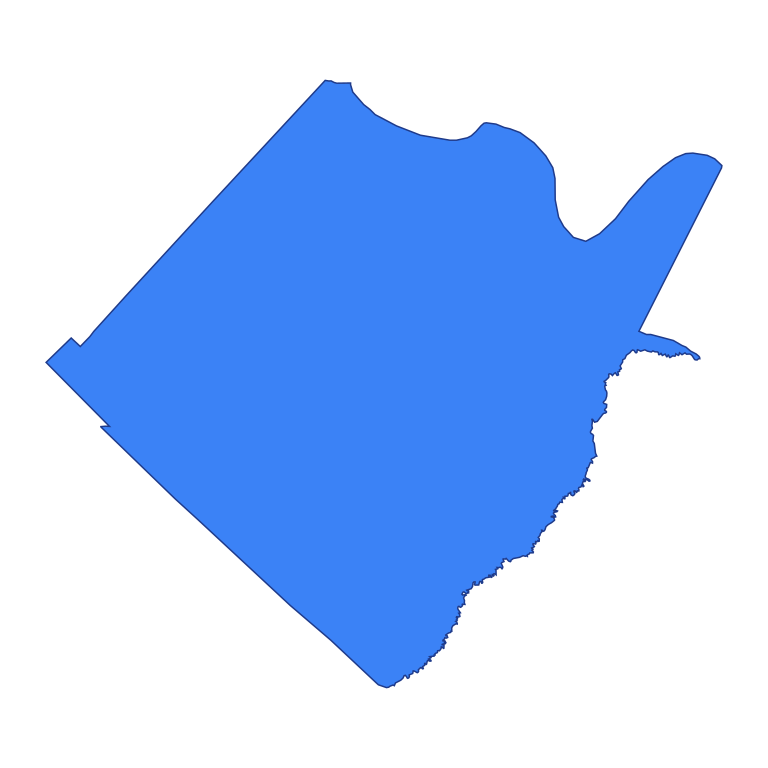 outline of San Pedro, Buenos Aires, Argentina
{"feature_id": "61730980B44314370056359", "entity_name": "San Pedro", "entity_type": "district", "adm_level": 2, "iso_a3": "ARG", "parent_name": "Argentina", "parent_adm1": "Buenos Aires", "projection": "orthographic", "projection_center": [-59.651, -33.797], "detail": "fine", "context": "isolated", "style": "filled", "palette": "blue", "viewbox_px": 768, "rotation_deg": 0, "n_neighbors": 0, "source": "geoboundaries", "source_scale": "gbopen_adm2", "svg_char_len": 6119}
<svg xmlns="http://www.w3.org/2000/svg" viewBox="0 0 768 768"><path d="M100.9,426.6L101.0,427.1L175.3,499.0L198.0,519.7L290.3,605.5L330.7,640.1L376.1,682.7L378.4,684.8L386.5,687.6L388.7,687.2L390.0,686.2L393.1,685.0L394.3,685.7L395.5,682.9L400.8,680.2L403.0,678.1L404.1,675.7L405.3,675.3L406.7,676.9L407.0,677.8L407.7,678.3L408.6,678.0L409.4,676.8L409.2,674.9L412.7,673.5L413.2,670.9L414.4,671.1L417.2,672.7L418.0,672.3L418.6,671.3L418.4,669.6L420.0,668.4L420.4,667.6L421.3,667.6L422.4,668.8L423.0,668.8L423.3,668.6L422.7,666.5L424.6,665.4L424.6,663.7L425.0,663.3L426.1,664.4L426.6,664.0L427.1,661.5L427.5,660.7L428.2,660.5L430.0,661.2L431.0,661.0L431.0,660.4L430.4,659.8L428.8,659.7L428.4,659.1L430.8,657.8L431.0,657.5L429.8,656.6L434.1,656.1L434.1,655.0L435.1,655.0L435.0,653.8L435.4,653.4L437.4,652.6L437.6,650.8L438.3,650.6L439.4,650.8L440.2,649.9L441.1,648.5L441.3,646.9L442.2,647.0L443.4,648.4L443.9,648.2L444.0,645.3L443.4,644.8L442.2,644.8L442.1,644.4L442.9,644.0L444.2,644.1L444.4,642.6L445.4,643.5L445.9,642.7L444.8,640.8L443.0,640.9L442.9,640.2L444.5,639.0L444.8,637.8L446.3,638.1L447.7,637.5L447.2,635.8L446.0,635.8L445.7,635.0L448.5,633.0L450.7,632.4L451.0,631.1L451.8,631.2L451.7,627.8L453.0,625.6L456.0,623.8L457.2,624.1L457.3,623.6L456.7,622.0L455.7,621.3L456.8,620.7L457.3,620.0L456.5,619.2L457.5,618.3L457.6,617.8L456.4,617.3L456.6,616.7L458.9,616.9L459.9,616.5L459.5,614.2L458.7,613.2L460.4,612.8L458.0,609.4L457.7,608.2L458.0,607.1L458.3,606.5L459.0,606.3L460.3,607.3L461.0,607.1L462.5,605.7L462.2,604.5L462.4,604.2L464.9,604.4L464.3,602.6L464.5,600.6L463.6,598.0L464.5,596.1L466.0,595.3L465.5,594.8L462.5,594.9L462.0,594.4L462.2,593.5L463.2,592.0L464.0,591.9L466.3,593.8L467.1,593.4L467.5,592.7L468.6,592.9L468.7,591.1L467.1,590.7L466.7,590.2L471.2,588.7L472.5,586.6L473.1,582.7L473.9,581.9L475.1,581.9L475.1,582.7L474.5,584.3L475.0,585.1L478.7,585.0L479.6,581.8L480.0,581.4L481.0,581.5L481.6,583.2L482.2,583.2L482.7,582.6L482.3,579.9L482.6,579.5L483.9,579.1L485.7,577.8L489.2,577.2L488.8,576.2L488.8,575.2L490.1,575.2L490.7,576.9L491.2,577.4L491.8,577.2L492.3,574.5L492.7,574.6L493.4,576.0L494.0,575.6L493.6,574.1L493.9,573.7L495.0,573.9L496.1,574.8L496.0,570.1L495.5,569.4L497.8,568.8L497.9,568.4L497.2,567.5L498.8,567.6L500.0,567.2L500.9,567.5L502.0,568.8L502.7,567.8L502.8,566.9L501.2,563.3L501.9,562.5L504.0,561.6L503.1,559.6L503.2,558.9L505.4,559.1L506.1,558.4L508.7,561.1L510.3,561.7L510.8,561.3L511.0,560.2L513.4,558.5L519.7,557.3L523.1,555.7L525.4,556.3L526.3,555.8L527.4,556.4L527.4,554.7L529.3,553.9L529.8,552.9L533.2,552.8L533.4,552.0L531.9,550.3L532.9,549.7L533.0,549.1L531.9,548.6L531.6,548.0L534.1,546.9L534.4,546.4L533.3,545.4L532.9,544.0L533.1,543.7L535.6,544.0L535.9,543.2L535.5,541.9L535.6,541.5L536.9,541.8L537.8,540.7L538.6,541.4L539.2,541.2L539.3,538.8L538.2,537.4L539.9,535.5L540.4,533.5L541.8,531.8L541.6,530.2L542.3,530.3L543.1,531.3L544.2,530.9L545.0,529.7L546.0,526.6L548.2,524.6L551.9,522.4L554.5,520.3L554.5,519.5L553.7,517.8L553.1,517.2L551.3,516.9L551.3,516.4L553.2,516.0L554.6,517.2L555.7,516.9L555.3,515.5L554.2,514.5L553.4,513.1L553.9,512.4L556.9,511.7L557.5,511.0L556.3,510.5L554.2,511.1L553.7,510.4L555.5,509.0L557.4,506.0L557.8,504.4L559.2,503.7L559.7,502.2L562.4,502.4L561.9,499.5L563.4,498.2L563.3,497.2L563.7,497.3L564.3,498.8L564.9,498.7L564.9,496.3L567.4,496.1L567.8,495.8L568.4,493.4L569.6,493.4L570.2,492.4L570.6,492.4L570.7,494.1L571.2,495.0L572.6,495.7L573.6,495.4L574.9,493.7L573.9,491.7L574.0,491.0L574.9,490.8L576.4,492.4L577.0,492.0L577.3,490.8L578.8,491.0L579.0,490.0L578.5,488.4L578.9,487.5L581.0,486.9L582.0,484.7L583.1,486.7L583.9,486.1L582.6,483.8L582.6,482.7L583.2,481.6L585.1,481.5L585.5,480.9L583.3,479.8L583.7,479.0L585.4,479.6L586.8,479.4L589.0,481.2L589.8,481.1L589.9,480.3L588.7,479.2L586.2,478.2L585.3,477.1L585.4,475.4L586.1,473.7L586.1,472.8L587.3,470.3L587.4,469.3L586.8,468.4L587.0,467.9L588.2,467.7L590.3,462.6L590.6,462.4L592.5,463.1L592.6,461.8L591.2,459.5L591.5,458.8L594.0,457.7L595.6,456.4L596.8,456.1L595.5,453.2L594.3,443.5L592.9,441.0L593.5,435.5L592.6,434.3L591.0,433.5L590.4,432.1L590.7,431.1L592.4,428.2L591.9,425.7L592.4,421.2L591.9,419.4L592.6,419.3L594.6,422.2L597.3,421.4L602.8,414.2L603.9,413.3L605.3,413.1L606.4,412.4L606.4,411.4L604.7,410.4L604.7,409.5L606.5,407.4L606.7,404.4L603.9,403.4L603.3,402.4L603.6,401.7L605.6,399.7L606.7,396.2L606.9,393.0L606.5,391.2L605.5,390.0L604.7,386.5L604.8,385.9L606.1,385.3L605.2,384.1L605.8,382.7L604.3,382.0L604.1,381.3L605.6,380.5L608.7,377.4L608.9,376.3L608.7,374.5L609.2,373.8L611.1,374.1L612.4,375.6L614.5,373.2L615.4,372.8L617.0,375.4L617.7,375.4L618.5,374.8L617.8,372.0L619.6,371.3L619.5,369.6L620.7,369.3L621.3,368.6L620.1,365.9L622.6,362.1L622.7,359.8L624.9,358.6L626.4,355.2L630.0,352.6L631.4,350.9L632.7,350.0L634.1,350.5L635.5,352.6L636.3,352.8L636.9,352.4L637.3,349.9L637.7,349.7L640.7,351.2L644.9,349.8L647.3,351.1L651.3,352.0L652.9,350.9L654.8,351.8L657.4,351.9L658.3,352.5L658.7,354.6L659.7,354.6L661.0,353.4L662.3,355.5L665.2,354.1L666.6,356.7L667.1,356.7L668.2,355.0L668.5,355.2L669.6,357.5L670.2,357.5L672.6,355.9L675.0,356.2L675.4,355.7L675.8,353.8L678.3,355.4L679.0,354.8L679.5,352.8L682.0,354.7L685.0,352.9L686.5,354.2L689.8,354.0L690.8,354.5L692.1,355.6L694.4,359.2L695.1,359.8L697.1,360.0L698.7,358.6L699.8,358.7L699.6,357.3L698.8,356.2L696.2,354.0L690.6,351.1L685.9,347.1L682.0,345.5L673.4,340.5L650.8,334.5L646.5,334.5L638.9,331.3L721.5,168.0L721.9,165.6L714.7,158.8L707.2,155.3L692.9,153.1L685.7,153.6L675.5,157.7L663.0,166.5L648.1,179.6L628.8,201.2L615.5,218.7L599.6,233.7L585.8,241.3L573.4,237.4L563.7,226.6L558.6,217.2L555.2,199.8L555.0,178.5L552.8,167.7L545.8,155.9L534.1,142.9L520.1,132.6L509.9,128.8L504.3,127.5L496.0,124.1L486.3,122.8L484.0,123.2L481.0,125.8L476.0,131.5L471.3,135.8L467.4,137.8L456.5,140.2L449.9,140.2L420.4,135.2L396.5,125.9L375.1,114.6L370.1,109.6L363.7,104.6L352.8,92.1L350.6,84.8L350.6,83.0L336.8,83.2L334.2,82.5L331.1,80.9L328.9,81.0L325.2,80.4L212.6,201.7L126.1,295.7L93.8,331.4L89.9,336.6L80.3,346.5L71.2,338.0L46.1,362.4L109.5,426.4L105.4,426.2L100.9,426.6Z" fill="#3b82f6" stroke="#1e3a8a" stroke-width="1.5"/></svg>